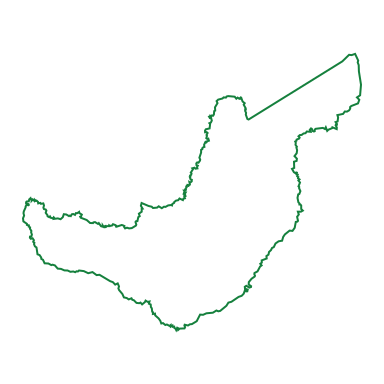 San Alberto, Cesar, Colombia (Albers equal-area conic projection)
{"feature_id": "7082276B88825999787077", "entity_name": "San Alberto", "entity_type": "district", "adm_level": 2, "iso_a3": "COL", "parent_name": "Colombia", "parent_adm1": "Cesar", "projection": "albers", "projection_center": [-73.5, 7.834], "detail": "fine", "context": "isolated", "style": "outline", "palette": "green", "viewbox_px": 384, "rotation_deg": 0, "n_neighbors": 0, "source": "geoboundaries", "source_scale": "gbopen_adm2", "svg_char_len": 5971}
<svg xmlns="http://www.w3.org/2000/svg" viewBox="0 0 384 384"><path d="M297.5,197.9L298.2,194.4L299.3,194.0L300.4,191.1L299.1,188.2L299.2,186.9L298.5,186.4L300.0,182.5L298.4,180.5L299.5,179.4L298.0,178.3L298.3,177.0L297.2,176.3L297.7,174.7L296.6,174.4L296.9,172.7L296.3,172.5L295.8,173.4L293.9,172.2L292.0,168.9L294.2,167.9L294.0,161.7L296.6,160.9L296.9,158.7L294.5,156.1L296.7,153.2L297.1,150.2L296.4,147.5L296.9,146.8L295.5,144.8L295.8,142.8L295.2,141.5L296.4,140.8L296.6,139.6L299.2,138.5L299.6,137.5L298.5,136.3L299.8,135.1L301.7,134.9L303.5,133.5L305.5,133.2L306.8,131.5L310.6,131.8L309.8,129.8L311.0,128.4L311.8,128.8L312.5,130.9L313.9,131.5L314.7,131.2L314.7,129.6L315.7,128.8L322.9,127.9L324.9,129.0L325.8,127.3L327.2,130.9L328.4,129.7L332.2,128.1L332.4,127.3L336.7,129.1L336.8,127.5L335.6,125.2L335.9,124.6L336.8,124.8L337.0,124.1L335.6,122.1L337.6,121.4L338.1,117.4L337.4,115.1L343.1,113.9L344.8,111.5L347.0,111.6L349.2,110.3L350.2,108.6L350.1,107.1L351.3,106.0L358.0,103.4L359.3,99.8L357.0,97.4L360.1,95.3L361.0,84.7L358.9,71.3L358.7,65.1L357.7,62.4L358.2,60.6L355.1,53.9L351.6,55.1L349.1,54.8L342.3,61.4L248.6,119.5L247.4,119.0L245.8,114.6L246.1,112.9L245.1,110.8L245.7,109.7L246.5,109.7L245.2,109.0L245.6,108.1L243.7,104.7L244.7,103.2L242.6,101.5L241.6,98.8L240.7,98.8L241.2,97.8L240.8,97.4L239.2,98.7L237.6,97.6L236.3,98.7L234.7,96.7L228.2,96.1L226.6,96.5L225.9,97.6L223.6,97.4L222.5,98.5L218.2,99.6L216.6,101.1L217.5,103.1L215.0,107.3L215.2,110.6L214.2,111.1L213.9,114.5L213.1,115.7L212.0,115.4L211.5,116.2L210.2,115.7L210.1,116.4L209.1,116.7L209.9,118.1L211.2,118.2L211.8,120.6L210.9,122.5L209.4,123.2L210.1,124.1L209.6,128.4L205.8,129.3L205.0,130.7L205.1,132.3L206.6,132.1L207.6,133.0L206.5,135.0L207.0,135.8L206.3,138.2L207.2,138.9L208.3,138.6L208.9,140.7L206.1,141.6L206.7,143.2L205.7,141.9L205.3,142.1L204.1,144.8L204.4,146.9L203.5,147.1L202.3,148.2L202.3,149.2L201.1,149.9L201.1,152.6L199.4,157.7L200.2,159.5L200.0,160.6L198.5,162.7L197.2,162.4L196.3,163.4L196.5,165.2L197.8,165.7L197.0,167.1L197.4,168.4L195.5,168.7L194.5,167.7L192.3,168.3L193.0,169.2L190.8,172.6L191.5,173.4L191.2,174.8L190.1,175.5L190.4,176.7L189.8,177.0L190.6,179.5L191.8,179.8L191.7,181.4L190.2,182.6L189.4,182.1L189.9,184.6L188.9,185.2L187.9,185.0L188.1,185.9L186.7,185.7L186.2,186.8L186.6,187.4L185.3,189.1L185.9,189.6L185.6,190.5L184.0,190.5L184.5,191.3L183.9,193.2L185.4,192.9L184.8,193.9L185.2,195.0L184.4,195.2L185.3,196.2L184.3,196.8L184.9,198.3L183.4,198.7L182.9,200.1L179.5,198.5L178.2,200.2L176.0,200.6L174.2,202.1L174.1,202.9L172.4,203.9L172.0,205.4L171.3,205.0L168.2,205.4L165.5,206.9L164.0,206.7L161.8,208.2L158.7,206.3L157.1,207.6L153.0,208.0L151.7,206.7L148.6,206.0L141.6,203.0L140.9,205.8L142.6,208.6L141.7,208.7L141.7,211.7L138.9,213.7L139.7,216.2L138.3,217.1L137.4,221.1L136.2,221.1L135.5,222.0L136.3,224.7L135.9,225.6L131.8,228.1L129.1,228.4L127.0,227.7L125.1,228.4L124.1,226.9L124.4,226.0L122.8,225.3L121.7,225.0L116.9,226.6L116.6,226.1L116.1,226.5L115.4,225.1L113.0,224.2L112.1,225.5L110.1,225.9L109.3,225.4L109.3,226.1L106.8,226.1L105.8,227.1L104.8,227.2L105.0,226.1L103.5,226.6L102.7,225.4L102.7,226.7L101.0,226.2L98.8,223.1L98.0,223.9L95.0,222.1L93.4,222.4L93.0,223.1L90.1,223.0L86.7,220.0L80.7,217.7L80.2,216.7L81.1,216.3L81.8,214.6L79.3,213.0L79.1,211.9L77.2,213.2L75.9,213.1L75.0,214.9L73.2,214.0L71.8,214.3L70.8,216.1L69.8,215.6L69.0,216.1L66.3,214.5L63.8,214.2L62.8,217.2L60.6,219.2L57.8,218.4L53.9,218.9L54.3,218.0L53.7,217.3L53.1,218.3L50.8,217.8L50.0,216.4L49.2,217.2L47.6,216.3L47.5,215.3L45.7,212.8L46.4,210.6L45.7,209.5L44.0,209.1L43.4,207.7L44.0,205.4L43.3,203.4L40.9,203.8L40.3,202.9L38.2,203.4L38.0,201.9L36.8,200.8L36.1,200.9L35.7,200.3L34.8,201.1L34.1,199.5L33.4,200.3L32.5,199.7L31.7,200.6L31.8,199.2L30.8,199.3L30.5,198.2L29.2,199.4L28.8,201.3L26.7,201.5L26.1,202.2L26.1,203.4L28.5,204.1L28.8,204.9L28.2,205.3L26.8,204.6L25.6,206.4L25.6,207.4L23.8,211.4L23.5,213.2L24.1,215.6L23.0,218.3L23.4,221.4L26.9,223.8L26.9,224.9L28.9,225.4L28.7,226.6L30.1,227.4L29.9,228.6L31.4,231.0L31.1,232.2L31.9,234.6L31.4,236.4L30.0,236.6L29.9,237.7L30.8,238.8L32.6,238.3L33.9,240.2L33.2,241.8L34.4,242.8L34.0,244.1L34.9,246.3L36.5,247.5L37.5,254.3L39.6,255.1L41.2,257.5L41.3,258.9L43.0,259.8L44.6,263.3L48.4,263.5L51.3,265.1L52.6,264.7L54.9,265.4L57.7,268.6L61.0,268.9L64.4,270.4L67.6,270.5L70.4,271.8L73.3,271.5L75.2,272.2L76.5,271.3L77.9,271.5L79.0,270.5L83.8,271.1L88.2,273.2L92.5,272.1L96.6,275.1L99.5,274.8L110.2,281.2L112.8,282.1L115.2,284.6L117.7,283.4L119.0,286.4L118.4,288.4L119.1,290.1L122.4,294.0L123.9,297.4L126.7,298.0L128.7,299.4L131.5,298.3L132.3,299.8L133.8,300.2L136.5,302.9L139.2,303.2L140.5,302.6L142.1,304.4L144.9,302.1L145.6,300.6L147.7,301.9L149.5,301.5L148.9,303.7L150.7,304.5L150.9,307.1L151.8,308.3L152.2,311.7L153.0,312.3L152.9,314.0L155.0,313.6L155.2,315.4L158.6,318.4L160.3,320.8L161.3,323.5L163.0,323.1L165.3,325.0L166.9,324.5L169.5,325.9L170.7,325.0L170.8,326.6L172.5,325.5L172.8,326.8L174.2,326.6L174.4,328.0L175.4,328.5L176.2,330.1L177.2,327.7L177.9,328.0L178.2,329.9L179.7,328.6L184.5,328.4L185.1,327.1L184.4,325.6L184.7,324.7L188.0,325.5L189.9,324.3L191.9,324.1L196.7,321.2L200.1,314.6L203.1,314.8L206.4,313.3L212.9,312.7L216.4,310.5L218.3,311.3L220.2,310.9L226.4,305.8L228.4,302.6L231.4,301.8L238.6,296.9L241.7,295.8L243.7,293.7L244.9,290.3L246.2,291.4L247.3,291.3L247.7,289.6L245.0,288.7L244.8,286.8L246.3,285.8L249.4,287.6L251.0,287.0L251.1,286.2L248.7,284.5L248.8,282.1L251.6,278.7L254.6,276.6L255.0,275.8L254.3,274.1L254.5,273.0L257.5,271.4L260.1,266.5L261.6,265.4L260.3,263.8L261.8,262.6L261.7,260.4L266.7,258.5L266.4,256.1L268.5,254.6L269.0,252.0L271.0,250.1L272.0,248.0L273.8,247.1L275.5,243.5L278.6,241.3L282.1,240.7L283.2,236.9L284.9,234.4L289.6,230.6L292.5,230.9L294.7,227.8L295.8,221.9L297.4,221.6L298.0,220.8L297.1,216.8L298.8,214.5L297.9,211.7L300.9,211.7L302.8,210.6L301.2,209.0L301.2,205.5L300.5,204.6L299.4,204.5L299.5,203.5L298.4,202.3L297.5,197.9Z" fill="none" stroke="#15803d" stroke-width="2"/></svg>